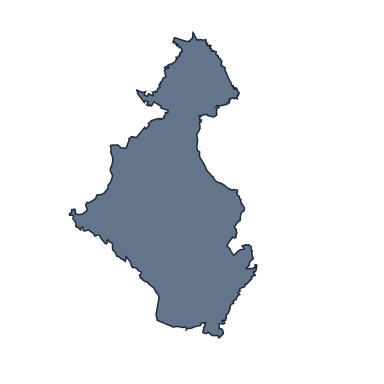 outline of Ixhuatlán del Café, Veracruz, Mexico, rotated 229°
{"feature_id": "50627088B43225936965135", "entity_name": "Ixhuatlán del Café", "entity_type": "district", "adm_level": 2, "iso_a3": "MEX", "parent_name": "Mexico", "parent_adm1": "Veracruz", "projection": "orthographic", "projection_center": [-96.933, 19.027], "detail": "fine", "context": "isolated", "style": "filled", "palette": "slate", "viewbox_px": 384, "rotation_deg": 229, "n_neighbors": 0, "source": "geoboundaries", "source_scale": "gbopen_adm2", "svg_char_len": 5987}
<svg xmlns="http://www.w3.org/2000/svg" viewBox="0 0 384 384"><g transform="rotate(229 192 192)"><path d="M311.6,297.2L307.5,293.1L307.9,291.0L307.2,289.8L307.2,289.0L307.8,289.0L308.6,287.2L309.1,286.7L319.9,280.1L318.0,276.4L316.9,275.7L316.2,277.7L314.8,277.4L314.6,276.9L314.3,277.5L313.8,277.2L313.2,278.2L312.3,277.5L312.7,276.9L312.2,276.5L310.5,278.1L309.4,277.1L308.5,278.1L306.6,278.2L305.8,277.2L304.6,277.0L305.0,274.2L304.2,274.2L303.8,272.1L303.1,272.3L302.7,269.7L303.0,268.9L303.6,269.2L304.1,268.3L302.1,267.7L302.1,265.8L301.2,265.2L301.9,261.9L301.4,260.5L302.8,259.9L303.5,256.6L302.0,256.7L301.9,256.3L300.9,255.7L301.0,254.9L303.5,254.9L303.9,252.8L301.7,252.7L302.0,251.0L296.2,247.9L296.8,244.5L295.6,242.6L295.2,241.0L295.5,240.9L294.7,238.7L294.2,238.8L294.4,237.4L292.6,236.9L292.9,236.7L292.2,234.6L292.6,234.2L290.8,231.5L291.2,230.2L292.0,230.5L292.4,229.7L292.2,228.9L293.2,227.6L291.7,227.5L291.2,225.9L290.5,226.0L290.3,225.6L294.7,223.7L293.4,220.9L296.8,219.6L298.2,222.7L299.8,219.5L300.8,219.4L305.1,217.2L301.4,215.5L290.8,214.7L291.5,216.6L289.0,218.0L287.6,215.0L285.3,216.0L285.7,217.2L283.5,217.8L285.0,222.4L276.9,224.9L275.8,223.7L269.3,227.5L267.5,225.4L269.5,224.2L267.2,221.7L267.7,220.4L266.1,219.8L266.7,217.3L267.3,217.4L267.6,215.5L268.4,215.9L269.8,214.3L272.6,208.0L272.0,207.8L272.5,204.0L270.4,203.7L269.9,198.6L271.8,198.8L269.6,185.8L273.5,182.7L273.6,179.2L272.7,179.2L268.4,171.1L271.6,167.4L276.1,166.9L280.1,162.2L280.4,160.7L277.4,159.2L275.6,156.8L271.0,155.2L267.7,152.9L264.5,148.7L264.0,146.9L261.9,144.4L256.9,142.9L256.0,142.3L252.6,136.7L252.5,133.9L251.8,132.6L250.0,131.5L248.8,124.4L250.1,120.5L251.4,119.6L252.1,118.2L250.2,114.5L251.3,108.0L251.7,106.8L252.8,106.4L252.7,104.5L251.4,102.9L248.1,101.8L247.2,100.9L246.9,99.7L247.0,96.4L247.3,94.8L248.9,92.0L251.7,89.9L252.6,90.1L252.7,90.5L255.4,92.3L256.9,91.4L256.2,89.7L257.4,89.4L255.4,87.2L256.0,85.6L255.5,84.6L254.5,84.4L253.5,86.1L252.3,86.9L251.7,86.7L249.9,84.5L247.2,84.6L243.5,83.3L242.8,81.9L241.9,81.7L240.9,82.0L239.9,83.0L238.0,82.7L236.4,83.1L237.7,84.9L237.5,86.3L236.9,86.5L234.3,84.8L233.4,85.0L231.1,89.0L225.5,90.3L223.5,90.2L222.4,89.7L221.1,93.1L220.1,93.8L216.3,92.8L210.1,92.8L209.3,93.1L209.2,94.5L211.1,96.0L211.0,97.3L208.3,96.9L206.0,98.2L204.4,97.5L201.2,94.6L199.8,94.2L196.7,94.5L192.8,93.1L190.8,94.6L188.4,94.5L186.3,95.7L183.5,96.0L184.6,98.1L186.2,99.2L186.5,100.0L179.8,99.5L175.4,97.6L173.5,97.8L172.6,99.5L171.4,99.7L170.5,100.5L168.7,99.7L165.4,101.0L163.7,100.2L163.4,98.9L163.8,97.9L161.0,96.7L160.1,97.0L159.8,97.7L158.5,97.1L155.5,97.7L154.3,98.7L152.5,99.2L150.9,99.0L144.3,100.2L140.5,99.1L136.8,99.2L133.9,97.9L123.1,84.5L117.9,81.6L102.3,89.3L100.9,91.8L98.6,94.1L95.9,95.9L95.1,97.7L93.6,98.5L92.7,98.3L91.8,97.3L91.8,99.1L89.8,101.9L87.8,107.3L85.8,110.7L85.7,111.3L86.9,112.9L86.8,113.3L84.5,116.3L84.2,115.0L82.6,114.4L82.2,112.1L80.9,111.0L79.4,108.4L78.4,108.0L76.6,109.1L75.8,110.1L75.5,111.8L74.6,112.6L72.3,112.5L70.2,113.2L66.6,117.5L64.9,116.6L64.7,117.0L64.1,116.9L64.5,122.8L66.9,124.3L68.6,124.6L69.5,124.4L70.9,122.6L71.9,123.9L73.3,124.6L74.6,125.9L73.8,127.3L71.6,129.3L71.5,130.8L74.0,131.3L74.5,130.0L75.3,130.2L74.8,131.6L73.9,132.0L73.2,133.4L74.6,134.6L74.2,135.2L76.5,136.7L76.8,139.5L77.6,141.8L78.6,142.9L78.9,144.3L80.2,145.1L80.6,146.1L81.4,146.7L81.3,149.0L80.6,150.3L82.0,150.9L82.3,151.5L82.4,153.7L81.8,154.7L83.1,155.6L83.1,157.4L83.8,159.2L83.2,160.7L83.8,161.0L85.7,160.5L86.0,161.1L85.7,163.5L86.9,163.3L87.4,164.1L87.3,166.6L86.0,169.3L86.1,170.3L87.6,171.3L86.6,173.0L87.1,177.1L86.9,177.7L87.7,178.9L87.2,180.3L88.7,181.5L88.6,182.8L87.6,185.0L88.9,185.3L90.0,185.1L91.0,185.5L91.3,186.1L90.4,187.0L90.9,189.0L94.3,193.0L95.7,191.9L93.8,190.1L94.6,187.4L98.7,182.6L99.3,187.5L101.5,189.8L101.4,194.6L104.0,195.4L107.1,197.5L107.9,198.8L109.5,198.8L111.9,200.7L115.0,200.2L115.2,199.5L117.1,197.8L117.2,196.6L118.5,194.8L118.4,194.4L115.9,194.5L114.5,193.9L116.8,190.6L117.1,186.6L116.7,183.6L117.0,182.0L121.8,182.4L124.0,183.2L126.1,183.3L128.3,182.8L130.1,187.6L130.8,191.8L131.5,192.9L129.3,194.0L129.2,196.0L131.1,197.2L131.0,198.0L132.2,199.3L133.5,199.6L134.1,200.6L135.4,201.0L136.0,200.5L137.7,201.1L139.2,205.8L139.1,208.5L138.8,209.3L140.2,211.3L141.0,211.5L143.3,214.3L144.2,217.7L143.6,218.5L144.3,220.1L145.8,221.1L148.5,221.8L150.7,221.5L151.2,222.2L152.8,222.2L153.8,223.8L155.6,223.6L157.5,224.8L160.5,224.2L161.1,224.9L161.9,225.1L162.0,225.9L163.5,227.5L166.4,225.2L167.2,223.3L172.3,221.3L175.5,221.0L179.4,219.8L182.9,217.6L184.9,217.1L187.7,217.2L189.8,218.0L191.8,217.2L194.5,217.7L195.2,217.4L197.2,217.4L198.8,217.5L204.3,219.2L213.7,220.9L217.4,224.1L219.0,223.3L222.1,224.5L227.9,230.7L230.0,231.7L232.8,233.8L233.3,236.6L234.8,239.9L235.2,239.8L236.2,241.0L239.4,243.0L239.9,243.7L239.1,243.9L238.8,244.4L240.0,246.4L241.7,245.1L243.2,247.2L243.6,246.8L244.3,247.1L243.8,247.8L244.6,247.6L240.7,254.4L239.4,253.9L234.3,257.6L233.9,261.4L235.6,262.3L238.9,265.8L240.4,265.4L240.9,267.5L240.6,267.8L238.0,267.2L237.9,267.6L239.4,268.9L237.6,271.4L235.2,275.9L236.4,277.0L234.7,278.5L235.5,279.4L236.0,279.2L236.5,279.6L236.4,281.3L237.5,281.5L237.3,282.0L236.1,284.6L234.6,285.0L234.7,286.5L232.6,287.4L235.0,289.2L235.2,290.5L234.7,290.4L235.3,292.1L236.5,292.8L237.2,292.2L240.0,293.5L240.3,292.9L241.3,293.6L242.5,292.7L241.3,292.0L242.2,291.1L244.0,291.7L245.1,292.9L245.6,291.9L247.5,292.2L249.6,293.5L250.1,293.2L252.2,293.7L256.7,294.9L258.4,295.8L262.6,296.7L264.2,298.6L268.0,297.1L268.1,297.6L269.1,297.5L271.1,300.4L271.9,299.8L273.4,300.7L275.7,300.1L276.4,300.2L277.1,301.0L280.4,300.4L282.1,302.3L285.6,299.0L285.9,299.3L285.5,300.4L286.8,299.6L287.4,299.9L287.8,300.6L288.9,299.8L290.0,302.3L291.5,301.3L290.9,300.5L292.9,299.5L293.9,301.3L295.0,300.3L296.2,301.5L296.6,301.2L298.0,302.4L299.3,299.8L301.3,298.8L302.1,297.1L303.0,296.9L303.3,295.3L310.5,297.3L311.6,297.2Z" fill="#64748b" stroke="#1e293b" stroke-width="1.5"/></g></svg>